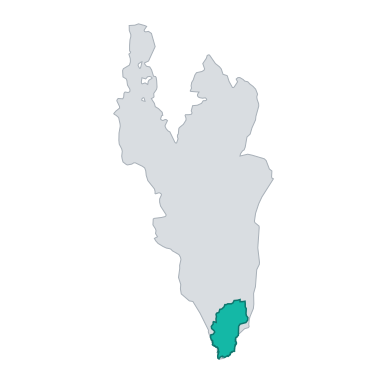 Ak-Suu, Ysyk-Köl, Kyrgyzstan shown in context, rotated 92°
{"feature_id": "92254566B94070763969745", "entity_name": "Ak-Suu", "entity_type": "district", "adm_level": 2, "iso_a3": "KGZ", "parent_name": "Kyrgyzstan", "parent_adm1": "Ysyk-Köl", "projection": "mercator", "projection_center": [79.882, 42.288], "detail": "fine", "context": "in_parent", "style": "filled", "palette": "teal", "viewbox_px": 384, "rotation_deg": 92, "n_neighbors": 0, "source": "geoboundaries", "source_scale": "gbopen_adm2", "svg_char_len": 7202}
<svg xmlns="http://www.w3.org/2000/svg" viewBox="0 0 384 384"><g transform="rotate(92 192 192)"><path d="M77.9,232.5L78.9,231.8L82.1,231.2L88.4,230.6L90.6,231.0L94.9,233.7L98.2,233.3L98.8,233.7L100.1,235.9L104.7,232.7L108.0,231.7L109.8,228.5L113.3,224.6L116.4,223.9L116.5,224.6L117.0,225.1L120.2,226.0L121.1,225.0L121.6,223.6L120.5,221.4L120.5,220.4L121.5,219.0L126.5,221.2L127.6,221.1L129.9,219.9L132.0,217.8L132.7,216.2L143.0,210.8L143.7,209.8L143.5,209.1L139.3,207.8L137.3,208.5L135.5,208.5L134.5,207.7L129.2,207.4L128.1,206.9L124.7,203.0L120.4,200.5L118.3,200.6L115.8,201.6L115.0,201.2L114.8,197.5L114.3,195.3L112.9,194.7L111.0,195.6L105.7,194.4L105.1,189.7L103.1,185.6L100.4,184.0L100.2,181.5L99.3,180.5L98.4,180.8L97.4,182.0L97.9,184.7L97.5,187.5L96.9,188.9L95.7,189.9L94.3,189.9L91.9,188.5L91.5,196.8L91.1,197.3L88.2,196.1L85.9,196.6L82.5,196.1L80.0,194.7L75.0,193.2L72.6,191.7L71.2,186.2L69.8,184.2L68.5,183.7L63.3,185.7L57.8,182.3L55.1,181.6L54.4,180.5L54.5,179.3L62.8,173.1L66.0,168.8L68.1,167.0L73.3,165.1L74.4,161.1L74.9,160.7L80.2,158.8L86.1,155.3L86.2,154.3L85.6,153.5L80.3,150.3L77.6,151.8L76.0,150.0L76.0,148.1L77.8,144.8L79.3,143.2L79.9,140.1L82.0,138.0L84.3,134.7L87.0,132.0L91.9,129.9L94.7,130.6L97.3,130.1L101.4,128.5L103.9,128.3L114.3,130.8L117.7,131.0L125.8,134.3L132.1,135.9L135.2,139.0L145.3,140.4L148.1,141.4L149.1,142.9L152.0,144.8L154.4,145.3L152.3,137.7L153.1,133.2L156.3,120.9L158.0,119.0L166.3,115.5L168.2,112.9L174.1,113.0L175.4,112.5L176.0,111.1L194.4,121.9L201.4,124.9L211.0,127.7L219.1,128.6L220.5,128.0L223.7,123.8L225.3,123.6L245.5,124.3L259.9,122.1L262.0,122.2L267.4,124.6L284.5,125.3L291.1,126.9L301.8,126.3L306.3,126.6L314.3,129.6L317.2,130.3L322.4,130.7L324.5,130.2L325.6,130.9L326.8,134.7L331.7,139.6L333.6,142.2L335.4,143.3L344.9,144.1L348.4,145.1L357.1,154.2L358.2,159.5L357.3,160.6L348.1,161.3L346.0,162.1L343.7,166.0L331.3,170.8L329.5,170.7L312.9,179.7L301.4,187.3L300.9,190.9L294.2,199.2L289.1,200.2L284.9,200.0L277.8,202.5L268.8,201.6L265.8,201.8L259.9,200.7L257.5,201.3L255.0,202.9L251.5,209.5L250.0,211.0L249.4,212.5L248.9,215.7L247.5,219.0L244.6,224.1L242.1,226.5L239.7,228.0L237.9,224.9L234.8,227.0L232.0,226.6L230.2,227.2L226.2,229.9L220.4,229.8L219.7,228.9L218.5,221.5L217.5,218.0L216.7,217.2L215.6,217.1L207.2,222.9L203.3,224.0L200.1,224.1L195.9,222.4L194.9,222.8L194.2,223.8L193.9,225.0L195.1,228.3L194.8,228.9L192.9,228.9L190.3,229.6L182.2,236.5L177.1,238.3L172.3,239.0L169.5,240.2L167.9,242.7L164.8,249.8L164.9,251.2L166.2,253.1L167.2,257.4L166.9,258.5L164.4,262.0L161.2,263.0L158.6,263.5L153.8,263.1L151.3,263.8L146.7,266.4L142.9,266.9L135.7,267.0L128.7,266.0L126.4,266.3L120.2,267.9L118.1,270.4L116.9,272.6L116.3,272.9L113.8,270.9L110.7,267.3L109.1,267.4L103.5,270.3L102.7,270.2L101.1,269.1L101.3,264.5L99.5,263.6L95.7,263.4L94.4,262.4L94.8,259.4L94.4,258.3L93.4,257.5L91.4,257.7L87.4,260.2L82.8,261.0L81.2,261.8L79.4,265.0L73.1,265.6L71.2,264.9L67.4,259.0L64.2,258.1L60.9,258.3L56.4,259.9L55.3,258.6L54.2,258.2L53.2,259.3L47.7,259.5L42.1,259.3L39.0,258.6L36.9,258.6L32.8,260.3L27.8,260.6L27.3,255.0L25.8,251.3L27.3,245.1L28.1,243.1L31.9,245.5L33.2,245.1L33.6,243.9L33.0,241.1L34.9,238.1L48.0,233.9L62.6,240.0L64.6,243.9L65.8,243.7L67.9,241.9L68.5,238.6L71.3,236.7L77.6,234.5L77.9,232.5ZM85.4,246.1L85.7,245.6L84.6,242.7L86.1,240.0L83.1,239.6L81.6,238.8L79.9,236.0L79.4,235.9L78.5,236.7L78.0,238.4L78.4,240.4L80.6,242.2L79.6,246.0L83.9,246.5L85.4,246.1ZM70.2,248.8L70.1,248.0L69.1,247.6L63.6,246.5L63.8,247.3L65.9,250.1L67.5,250.3L70.2,248.8ZM102.7,243.9L103.0,242.1L99.8,243.1L99.4,244.0L100.5,245.2L101.9,245.6L102.7,243.9Z" fill="#d9dde1" stroke="#a8b0b8" stroke-width="1"/><path d="M334.1,168.2L336.6,168.4L339.3,167.3L339.4,167.2L339.3,166.9L339.5,166.7L339.7,166.4L339.9,166.2L340.1,166.2L340.4,166.2L340.7,166.2L341.0,166.1L341.3,166.1L341.5,166.0L341.9,166.2L342.2,166.0L342.3,166.0L342.4,165.9L342.6,166.0L343.0,165.9L343.3,165.9L343.6,166.1L343.7,166.3L343.8,166.3L344.0,166.2L344.3,165.9L344.4,165.7L344.6,165.4L344.8,165.2L344.9,164.9L345.0,164.7L344.9,164.7L344.9,164.4L345.0,164.3L345.1,164.2L345.3,164.0L345.3,163.9L345.3,163.7L345.2,163.7L345.3,163.6L345.3,163.4L345.5,163.3L345.7,163.2L345.8,162.9L346.0,162.7L346.3,162.6L346.3,162.4L346.2,162.1L346.1,161.9L346.2,161.7L346.1,161.4L346.3,161.2L346.5,161.0L346.6,160.9L346.9,160.8L347.1,160.8L347.1,160.7L347.3,160.5L347.5,160.5L347.8,160.5L347.9,160.4L348.1,160.2L348.4,160.2L348.5,160.3L348.8,160.3L348.8,160.2L349.0,160.2L349.4,160.1L349.5,160.1L349.9,160.3L349.9,160.2L350.0,160.1L350.4,160.1L350.5,160.1L350.8,160.2L350.8,160.3L350.8,160.2L350.9,160.3L350.9,160.2L351.0,160.2L351.3,160.2L351.5,160.0L351.6,159.9L351.9,160.0L352.0,160.0L352.0,159.9L352.4,160.1L352.5,160.1L352.8,160.1L353.0,160.1L353.4,160.2L353.6,160.2L353.7,160.3L353.9,160.3L354.0,160.4L354.3,160.4L354.5,160.5L354.9,160.6L355.0,160.6L355.3,160.5L355.5,160.5L355.7,160.4L355.8,160.5L356.1,160.4L356.4,160.4L356.5,160.4L356.8,160.4L357.0,160.3L357.1,160.2L357.3,159.8L357.5,159.6L357.7,159.2L357.3,159.1L357.2,159.0L357.1,158.9L356.8,158.6L356.5,158.4L356.2,158.2L355.9,157.9L355.6,157.4L355.4,157.2L355.3,156.9L355.4,156.6L355.3,156.3L355.1,156.1L355.0,155.9L355.0,155.7L355.7,155.6L355.8,154.2L356.0,153.6L356.0,153.4L354.4,150.7L354.7,150.5L355.0,150.4L355.0,150.1L354.9,150.0L354.7,149.7L354.3,149.4L354.2,149.3L354.0,149.1L353.8,149.0L353.6,149.0L353.4,148.9L353.2,148.8L353.2,148.7L353.3,148.5L353.4,148.4L353.3,148.1L353.1,148.1L352.9,148.1L352.7,148.0L352.4,148.0L352.1,147.9L351.9,148.0L351.7,148.0L351.7,147.9L351.4,147.7L351.2,147.5L351.2,147.3L351.0,147.2L350.9,147.2L350.8,146.9L350.8,146.5L350.6,146.5L350.3,146.5L350.2,146.5L350.2,146.3L350.1,146.1L350.1,145.9L349.9,145.7L349.9,145.4L349.9,145.2L349.8,144.9L349.7,144.8L349.7,144.6L349.8,144.4L349.8,144.2L349.7,144.1L349.6,144.3L349.4,144.3L349.2,144.2L348.8,144.1L348.7,144.1L348.4,143.9L348.2,144.0L347.8,144.1L347.6,144.0L347.1,144.0L346.9,144.1L346.5,143.8L346.3,143.8L346.1,143.9L345.9,143.9L345.7,143.9L345.3,143.9L345.1,143.7L344.4,143.7L344.2,143.4L343.9,143.3L343.6,143.5L343.4,143.5L343.2,143.5L343.2,143.3L343.2,143.2L343.0,142.9L342.9,143.0L342.7,142.9L342.4,142.8L342.3,142.7L342.1,142.8L341.9,142.7L341.7,142.6L341.7,142.4L341.3,142.5L340.9,142.4L340.7,142.4L340.4,142.5L340.1,142.9L340.0,143.0L340.0,143.3L339.9,143.4L339.7,143.4L339.4,143.3L339.2,143.2L339.1,143.3L338.8,143.4L338.7,143.4L338.3,143.3L338.2,143.3L338.2,143.2L337.9,143.2L337.6,143.3L337.4,143.2L337.2,143.2L337.2,143.3L337.0,143.2L336.9,143.2L336.7,143.2L336.6,143.3L336.2,143.3L335.9,143.2L335.7,142.9L335.8,142.7L335.7,142.6L335.6,142.4L335.5,142.1L335.4,142.0L335.2,142.0L335.1,141.9L334.5,141.6L333.7,140.7L332.4,140.7L324.5,140.7L322.3,139.3L320.6,133.6L318.1,131.9L315.5,131.8L313.8,133.3L311.7,133.8L306.7,133.7L304.9,134.8L302.0,134.9L299.3,135.2L299.8,137.7L299.9,140.2L297.8,140.2L298.6,142.7L299.0,146.1L301.4,147.2L302.4,148.9L302.5,152.4L303.4,153.8L303.4,155.2L305.6,155.9L308.0,158.3L308.3,160.1L311.4,160.9L312.2,163.1L313.3,163.7L315.9,163.2L317.9,163.6L321.5,163.2L320.8,165.9L321.2,166.3L323.3,166.3L325.6,168.0L327.8,167.6L329.9,165.0L331.2,164.4L333.5,165.9L334.1,168.2Z" fill="#14b8a6" stroke="#0f766e" stroke-width="1.5"/></g></svg>